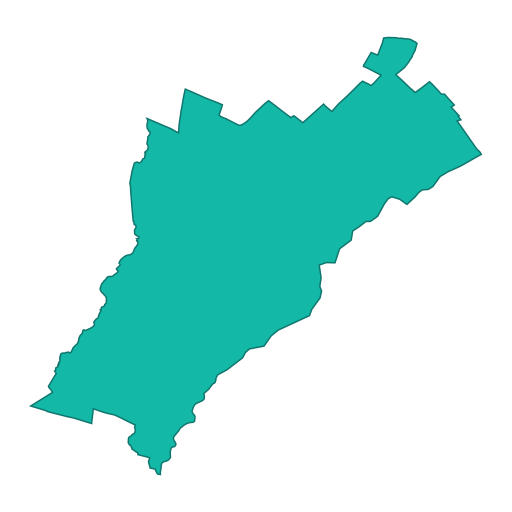 Totesti, Hunedoara, Romania
{"feature_id": "2599482B81892486754404", "entity_name": "Totesti", "entity_type": "district", "adm_level": 2, "iso_a3": "ROU", "parent_name": "Romania", "parent_adm1": "Hunedoara", "projection": "natural_earth1", "projection_center": [22.867, 45.565], "detail": "fine", "context": "isolated", "style": "filled", "palette": "teal", "viewbox_px": 512, "rotation_deg": 0, "n_neighbors": 0, "source": "geoboundaries", "source_scale": "gbopen_adm2", "svg_char_len": 5958}
<svg xmlns="http://www.w3.org/2000/svg" viewBox="0 0 512 512"><path d="M398.4,38.3L396.0,37.7L387.7,37.5L383.7,38.0L382.4,43.0L377.7,55.1L371.2,52.5L363.7,65.2L363.4,66.3L367.8,68.3L380.9,75.1L380.3,76.1L375.0,81.9L373.5,83.5L372.2,84.5L371.1,85.6L369.0,84.3L362.6,81.2L360.1,83.2L347.2,96.0L339.3,103.2L336.8,105.8L335.0,108.0L333.9,109.1L332.2,111.1L331.7,111.3L330.2,110.1L325.3,106.0L323.6,104.1L302.8,122.7L294.0,115.8L290.7,117.5L280.0,109.4L272.4,103.5L268.6,100.7L265.2,103.3L257.2,110.7L255.1,112.8L251.2,117.2L247.1,121.3L243.1,124.1L240.3,125.3L238.9,125.2L236.2,124.0L225.8,118.6L223.1,117.7L219.0,115.4L222.0,106.3L222.3,105.4L222.4,104.8L217.6,102.7L210.7,100.1L204.4,97.5L192.5,92.2L185.3,89.1L184.8,91.1L183.4,97.9L181.7,108.0L181.0,111.4L180.6,114.8L180.0,118.2L179.1,124.8L178.6,132.8L176.6,131.9L171.1,128.8L147.0,118.5L147.6,119.7L147.7,120.9L146.9,125.6L147.3,128.6L148.4,129.8L148.6,131.0L150.1,132.1L150.2,132.9L149.9,134.0L147.8,137.1L147.7,139.7L147.0,142.9L147.0,144.0L147.4,144.7L148.0,145.5L148.1,146.0L148.2,147.1L147.9,148.9L147.5,149.8L146.4,151.0L144.9,152.1L144.8,152.8L145.1,153.1L145.7,153.3L145.7,153.6L145.0,154.6L144.8,156.7L144.5,158.0L144.1,158.4L142.9,158.9L142.5,159.5L142.2,160.2L141.0,161.9L139.3,163.1L138.7,162.9L138.2,162.4L137.8,162.2L137.1,162.1L136.0,162.3L135.0,162.7L134.3,163.3L132.2,170.6L130.5,179.7L129.9,182.6L129.9,183.6L130.5,186.7L130.9,193.6L132.0,207.7L132.7,215.9L133.2,220.0L133.2,221.2L133.4,221.3L133.7,221.6L134.1,222.2L134.0,223.2L133.9,223.6L134.2,224.4L135.5,225.2L135.8,225.6L136.2,226.7L135.5,228.4L134.6,229.9L134.5,231.1L134.6,233.1L134.8,233.9L135.1,234.4L136.2,235.3L138.6,236.7L139.0,237.2L139.0,237.5L138.8,238.1L138.2,238.5L136.7,238.8L137.5,239.5L137.5,239.8L136.7,240.5L136.6,240.8L136.7,241.0L137.6,241.4L138.0,242.3L137.5,244.6L137.1,245.3L135.0,248.0L134.1,249.6L133.8,250.9L133.0,252.6L132.5,253.1L131.2,254.2L129.2,254.9L128.1,255.0L125.9,255.7L124.8,256.3L122.3,258.3L120.5,260.1L119.4,262.1L119.1,262.9L119.1,263.3L120.0,264.3L120.2,264.8L120.0,265.3L117.0,268.1L116.5,268.7L116.4,269.3L117.5,270.3L118.0,271.3L117.8,271.8L117.3,272.6L115.2,274.1L113.4,275.5L113.2,275.9L112.8,276.1L111.4,276.5L108.8,276.5L108.0,276.7L107.3,277.2L106.4,278.3L106.0,279.2L103.7,281.3L102.9,282.7L102.1,283.4L101.6,284.1L100.5,287.3L100.1,289.2L100.3,289.9L101.0,291.3L101.8,292.3L105.4,296.1L106.1,297.4L106.4,298.3L106.5,299.1L106.3,300.4L106.3,302.4L106.1,303.0L104.7,304.6L104.5,305.6L104.0,306.2L103.5,306.5L101.7,307.2L101.4,307.5L101.3,308.4L101.2,309.1L100.2,309.6L100.2,309.9L100.3,310.0L100.9,310.4L101.0,310.8L100.9,311.2L100.6,311.8L100.0,312.2L99.7,313.2L99.1,314.3L98.3,317.1L97.9,318.0L96.0,319.3L95.0,320.5L93.9,322.0L93.8,322.6L94.4,323.9L94.4,324.5L94.2,325.2L92.8,326.8L91.9,327.5L86.3,330.2L85.5,330.4L84.9,330.3L84.1,329.9L83.5,329.9L83.1,330.2L82.8,330.8L82.6,332.2L81.9,333.8L80.7,335.0L79.9,336.0L79.5,336.9L78.9,338.4L78.5,341.0L78.0,342.5L77.5,343.4L77.5,343.5L73.5,347.3L72.8,348.6L71.3,351.8L70.7,352.5L70.1,352.8L69.5,352.9L69.3,352.6L68.5,352.1L67.9,352.1L67.2,352.5L66.3,352.5L65.5,352.6L64.9,353.1L64.5,353.2L63.5,353.0L62.8,353.1L62.3,353.1L61.5,353.4L60.7,354.2L60.5,355.1L60.6,355.5L60.0,356.5L59.9,356.8L60.2,357.3L59.8,358.1L60.1,358.7L59.8,359.5L59.9,360.0L59.9,361.0L59.6,361.7L58.6,362.6L58.6,362.8L59.1,363.2L59.0,363.7L57.9,364.6L57.8,364.9L57.9,365.3L58.5,365.7L58.4,366.0L57.6,366.6L57.1,367.3L56.0,367.7L55.6,368.5L55.6,369.0L55.8,369.7L55.6,370.4L54.6,370.9L56.2,373.7L54.5,376.2L48.5,386.2L48.6,386.8L49.2,387.9L50.1,388.8L52.6,392.3L45.7,396.7L30.7,406.0L44.2,410.1L47.5,411.3L47.5,411.6L67.5,416.7L73.3,417.9L91.6,423.5L93.3,408.8L103.6,412.3L108.8,413.7L114.0,414.8L115.6,415.4L121.5,418.2L127.4,421.2L135.4,425.1L135.4,425.4L135.0,425.7L135.0,426.4L134.6,427.2L134.6,427.8L135.0,428.6L135.2,429.6L135.2,431.2L134.9,432.2L134.2,433.5L133.9,433.8L132.8,434.1L130.7,436.1L129.0,437.3L128.7,437.6L128.5,438.2L128.4,439.4L128.4,440.3L128.3,441.2L128.2,442.4L128.5,443.1L128.9,443.8L129.2,444.6L130.1,445.2L130.4,445.1L132.0,448.3L131.9,449.0L133.3,449.8L134.6,450.9L136.4,452.1L137.6,452.5L138.0,454.7L146.9,456.9L149.7,457.9L149.5,459.1L149.0,459.9L148.6,461.1L148.6,462.3L148.9,463.6L149.6,465.9L150.2,468.1L152.7,468.5L154.2,469.0L155.3,469.1L156.1,471.5L157.1,473.4L158.1,474.2L160.4,474.5L160.3,472.4L161.0,468.3L161.2,465.9L161.6,463.5L162.3,462.7L163.5,461.9L167.0,460.8L168.5,459.9L169.7,458.6L170.5,457.4L170.2,452.7L170.6,449.8L171.3,448.0L171.9,447.3L174.6,446.5L175.0,446.1L175.7,445.1L175.9,443.9L175.4,442.7L173.6,439.5L173.4,438.4L173.9,436.6L176.1,433.9L178.7,430.8L180.4,427.9L182.0,426.9L183.4,425.5L186.7,423.6L189.7,422.6L193.0,422.3L193.8,421.8L194.7,420.8L195.0,416.8L194.6,415.4L193.5,414.3L192.7,413.1L192.1,411.9L192.2,410.8L193.0,408.2L193.9,406.0L195.1,404.4L196.4,403.4L201.5,401.1L202.7,400.4L203.6,399.6L204.2,398.6L204.4,396.5L203.8,393.5L208.5,389.5L210.8,386.4L212.9,383.8L214.6,382.9L215.0,382.4L215.3,381.9L215.9,379.6L215.9,378.5L216.2,377.7L217.6,374.9L227.1,369.7L242.5,357.9L245.5,352.4L249.5,348.9L264.0,346.1L271.2,335.8L278.4,330.0L309.5,315.6L311.8,309.3L320.0,298.0L321.6,291.1L319.8,286.4L321.1,277.8L319.2,265.1L326.2,262.6L335.0,262.8L339.6,248.8L351.2,240.1L352.7,231.0L359.5,226.5L365.9,221.5L370.5,221.4L377.6,216.3L384.3,204.0L388.1,198.8L391.8,196.8L399.6,199.2L406.9,204.4L415.1,196.9L418.4,192.8L422.2,189.9L428.2,189.4L432.9,186.5L440.1,176.5L447.7,171.9L460.7,166.0L481.3,154.3L479.9,152.0L476.7,148.9L457.1,120.9L460.9,119.8L458.2,116.4L459.1,115.8L451.2,107.2L454.3,105.0L447.5,97.6L444.5,94.1L443.6,94.2L441.2,94.0L438.1,90.5L432.4,84.4L429.5,81.7L421.7,87.8L415.2,92.5L409.8,87.8L401.6,79.9L397.3,76.1L395.9,74.5L404.2,67.8L408.5,62.4L410.5,59.1L412.0,57.1L412.3,56.4L412.4,55.6L412.7,54.9L415.1,50.4L417.0,43.4L415.1,41.9L414.2,41.5L413.2,40.9L411.0,39.7L410.3,39.4L408.8,39.0L404.8,38.8L402.1,38.3L400.1,38.2L398.4,38.3Z" fill="#14b8a6" stroke="#0f766e" stroke-width="1.5"/></svg>